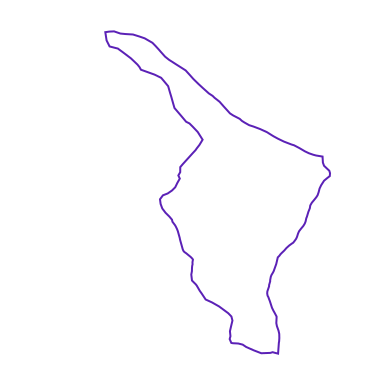 the district of Chhali, Mongar, Bhutan, rotated 109°
{"feature_id": "84629894B6753037066473", "entity_name": "Chhali", "entity_type": "district", "adm_level": 2, "iso_a3": "BTN", "parent_name": "Bhutan", "parent_adm1": "Mongar", "projection": "equal_earth", "projection_center": [91.234, 27.295], "detail": "fine", "context": "isolated", "style": "outline", "palette": "violet", "viewbox_px": 384, "rotation_deg": 109, "n_neighbors": 0, "source": "geoboundaries", "source_scale": "gbopen_adm2", "svg_char_len": 2647}
<svg xmlns="http://www.w3.org/2000/svg" viewBox="0 0 384 384"><g transform="rotate(109 192 192)"><path d="M321.9,105.7L321.7,104.2L320.2,99.0L319.8,94.4L320.9,90.3L321.6,82.0L321.9,74.0L318.6,65.5L317.2,63.6L317.1,61.6L316.8,58.0L306.2,60.8L304.8,61.0L301.6,61.9L297.8,63.3L295.0,65.0L291.1,68.1L288.5,69.6L283.3,71.1L282.2,71.5L279.2,74.7L277.7,76.4L275.4,78.7L272.6,80.8L269.8,82.9L267.9,84.5L266.6,85.5L265.4,86.8L263.4,87.9L261.4,88.4L260.1,88.4L256.1,88.4L254.9,88.8L251.0,89.0L249.9,89.4L246.4,89.9L244.5,89.8L242.2,89.3L240.4,89.0L232.7,88.9L225.9,89.6L223.8,88.6L222.1,88.1L220.6,87.4L217.3,85.7L214.3,84.5L211.0,82.7L208.4,80.9L207.0,79.8L204.7,79.0L202.3,78.3L200.1,78.1L196.8,78.2L194.3,78.0L191.3,77.0L187.9,75.7L185.2,75.1L182.9,75.0L179.6,75.4L178.0,75.3L172.8,75.5L169.0,75.3L166.2,75.8L163.1,75.2L160.2,74.1L156.6,72.8L154.2,72.2L151.0,72.2L147.2,72.5L143.6,72.1L138.3,70.8L134.7,68.6L132.1,66.9L129.3,67.6L127.2,69.1L125.9,72.0L124.2,75.7L121.6,77.8L116.0,80.1L117.1,86.6L117.3,89.5L117.3,94.0L116.8,98.4L115.5,104.8L114.6,110.7L114.7,113.5L114.4,121.5L113.6,128.2L112.8,132.9L112.5,134.3L111.0,140.8L110.3,148.2L110.1,155.2L110.2,159.7L109.2,165.1L108.5,168.0L107.3,170.7L106.7,174.7L106.2,178.1L105.3,181.7L103.9,184.2L100.6,190.2L97.7,195.3L95.6,201.3L94.4,203.8L93.3,208.2L90.2,215.5L87.7,221.2L84.7,227.5L82.0,232.3L79.1,237.6L77.8,243.0L76.3,249.3L74.5,256.7L72.8,261.5L69.9,266.7L68.2,269.6L65.7,274.2L63.8,278.0L63.2,281.1L62.1,286.8L62.1,292.3L62.3,299.1L64.3,306.3L65.5,311.3L65.5,318.0L67.3,322.5L69.1,326.0L76.5,322.1L81.2,317.3L80.7,310.8L80.5,308.8L81.1,307.0L82.2,303.4L85.5,293.3L86.0,292.2L89.3,285.0L91.0,282.3L93.0,280.1L93.1,272.9L93.2,265.6L94.1,258.3L96.0,255.1L99.7,249.0L105.4,245.0L108.7,242.6L113.9,239.0L118.3,235.9L123.3,227.4L127.5,220.4L128.0,216.7L130.1,212.4L133.4,206.1L139.1,199.0L145.1,200.3L149.2,201.7L151.3,202.3L154.9,203.9L163.1,207.4L168.7,209.8L172.3,211.2L177.1,209.6L180.8,210.3L183.3,207.9L188.1,208.8L193.0,209.4L197.1,211.4L201.3,214.5L204.6,218.4L209.3,219.9L210.9,219.1L213.5,217.8L217.3,214.7L220.3,210.2L222.6,205.4L224.7,201.9L226.5,200.8L228.8,197.4L229.8,196.2L231.8,194.2L233.7,192.6L239.5,188.6L240.6,188.0L242.1,187.0L249.2,182.1L250.5,180.9L251.2,179.7L251.9,177.3L252.7,175.2L253.8,172.2L254.9,170.0L255.6,169.1L258.2,168.7L260.3,167.9L261.7,167.8L263.0,167.5L264.4,167.1L266.9,166.3L270.3,165.8L273.6,164.2L275.7,163.2L277.0,160.6L278.0,158.5L278.9,157.1L282.9,152.5L284.9,149.7L289.2,144.1L289.9,137.1L291.4,129.1L294.8,118.3L296.9,114.2L300.4,111.9L305.6,111.4L311.3,110.8L315.8,108.7L318.8,108.5L321.9,105.7Z" fill="none" stroke="#5b21b6" stroke-width="2"/></g></svg>